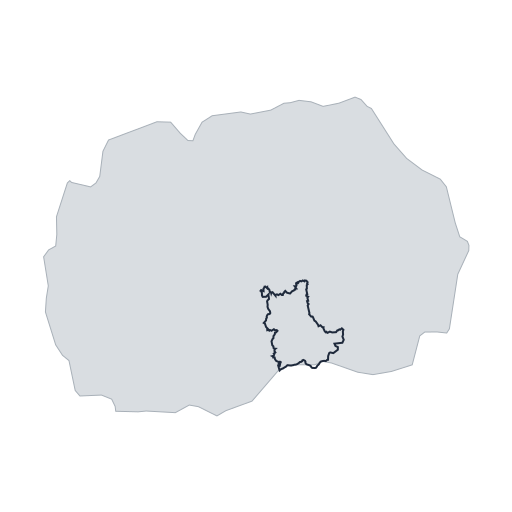 Kavadartsi, Kavadartsi, North Macedonia shown in context, rotated 5°
{"feature_id": "65306769B96152204239158", "entity_name": "Kavadartsi", "entity_type": "district", "adm_level": 2, "iso_a3": "MKD", "parent_name": "North Macedonia", "parent_adm1": "Kavadartsi", "projection": "mercator", "projection_center": [22.001, 41.309], "detail": "fine", "context": "in_parent", "style": "outline", "palette": "slate", "viewbox_px": 512, "rotation_deg": 5, "n_neighbors": 0, "source": "geoboundaries", "source_scale": "gbopen_adm2", "svg_char_len": 4278}
<svg xmlns="http://www.w3.org/2000/svg" viewBox="0 0 512 512"><g transform="rotate(5 256 256)"><path d="M228.8,113.9L238.0,115.1L258.0,109.4L270.5,101.4L276.8,100.3L285.3,97.2L297.4,97.6L309.8,101.1L325.4,96.5L340.8,89.1L347.0,91.0L353.7,97.3L358.1,99.0L383.6,132.3L397.6,145.7L414.0,155.9L432.9,163.4L439.6,170.5L451.6,205.7L457.3,219.1L465.3,223.0L467.2,226.9L467.5,232.0L458.6,256.6L455.0,311.7L452.7,316.1L443.3,315.9L430.8,317.0L426.1,321.3L421.1,350.8L401.0,359.2L382.8,364.0L367.5,362.9L340.5,356.0L331.7,355.2L324.1,359.2L300.0,361.3L289.5,366.4L264.7,400.9L239.5,412.7L231.0,418.7L211.7,411.1L202.5,410.3L189.3,419.1L160.1,420.0L152.2,421.5L129.8,422.9L128.8,418.1L124.7,411.2L114.2,408.0L92.8,410.8L87.6,405.7L78.8,376.5L71.9,371.8L64.2,362.0L51.1,330.1L50.8,316.1L51.7,303.9L44.5,275.3L48.9,268.0L55.6,263.5L55.7,251.9L53.8,234.3L61.7,199.7L63.9,197.2L65.9,198.8L85.2,201.6L90.2,197.2L93.4,190.4L94.4,165.0L99.0,153.3L145.6,130.9L159.3,130.1L169.8,140.3L178.1,146.9L183.1,146.7L184.9,140.1L190.6,127.4L200.1,120.1L228.5,113.8L228.8,113.9Z" fill="#d9dde1" stroke="#a8b0b8" stroke-width="1"/><path d="M318.1,312.0L317.6,311.4L316.3,311.6L314.0,309.4L314.2,308.2L311.8,300.8L312.6,299.3L311.7,298.7L310.8,296.5L311.9,296.1L310.8,293.1L311.5,292.0L309.5,291.2L309.7,289.9L310.4,289.6L308.9,284.8L309.5,284.1L309.1,280.6L309.9,279.6L309.3,278.9L309.7,277.6L308.3,276.2L306.8,276.1L306.5,277.0L304.7,276.3L303.5,277.3L302.1,277.0L300.7,278.2L300.2,278.2L298.9,279.1L299.7,279.7L298.4,280.3L298.9,281.9L298.5,282.7L297.2,282.8L298.8,284.7L298.3,284.7L298.1,285.9L297.5,285.8L296.7,287.1L295.1,287.9L293.2,290.4L290.1,289.9L288.2,288.2L287.3,289.3L287.3,290.1L286.3,291.0L286.1,292.5L285.1,292.6L283.6,291.5L281.7,293.0L280.3,292.4L279.3,292.7L278.8,293.1L278.9,293.9L275.6,290.6L274.6,290.9L274.4,291.8L274.1,291.0L272.7,290.1L272.4,288.8L271.2,287.4L270.6,287.7L270.0,287.2L269.9,286.4L269.6,286.8L268.1,285.6L267.2,285.8L267.2,286.5L266.3,287.8L266.6,290.3L264.1,289.5L263.6,290.3L264.2,290.6L265.1,292.2L265.4,294.8L266.2,296.1L269.5,295.8L271.8,293.1L271.6,294.2L272.0,294.6L272.7,297.7L271.3,299.3L271.0,300.2L271.9,303.6L271.9,305.6L272.7,307.5L274.7,309.8L275.2,311.6L274.9,312.3L274.1,312.8L273.2,312.8L272.4,313.8L271.9,315.3L272.2,316.5L271.6,317.4L271.6,319.3L269.6,322.0L270.8,322.6L272.2,325.8L273.8,327.2L273.5,327.5L273.7,328.9L274.9,328.4L275.7,329.2L276.3,328.5L278.0,329.1L280.2,327.4L281.3,328.3L283.1,328.0L283.9,328.7L282.6,330.4L281.6,330.7L281.5,332.5L280.4,334.2L280.5,336.4L279.8,337.1L278.9,339.6L280.0,343.5L281.2,344.5L281.5,346.2L282.2,346.7L283.4,346.7L282.8,347.3L282.6,349.0L283.7,350.4L282.5,351.4L282.9,351.6L282.4,353.7L281.0,354.3L281.9,354.7L282.0,355.6L283.4,355.5L283.9,357.1L285.2,358.7L287.7,359.6L289.1,359.2L289.9,359.6L289.8,360.0L288.9,360.1L289.2,360.6L288.4,361.2L289.4,361.8L289.2,363.2L288.3,362.8L287.6,363.0L289.5,368.0L289.6,367.9L289.8,367.5L289.9,367.3L290.1,367.1L291.8,366.1L292.7,365.7L293.4,365.1L294.4,364.3L295.2,363.9L295.8,363.2L296.4,362.4L297.0,362.0L297.4,362.0L298.3,362.1L299.3,362.1L300.5,362.1L301.8,361.7L302.9,361.4L303.1,361.3L303.6,361.0L304.1,360.9L305.0,360.8L306.6,360.0L308.3,358.6L308.8,357.9L309.6,357.6L310.0,357.6L310.4,357.4L310.7,357.1L311.0,356.9L311.2,356.7L311.2,356.3L311.3,355.9L312.2,355.4L313.5,355.9L313.8,356.1L314.0,356.2L314.4,356.8L314.5,357.0L314.5,357.5L314.5,358.1L314.8,358.5L315.6,359.4L316.6,359.7L318.1,360.0L319.7,360.6L319.9,360.7L320.3,361.1L320.8,361.9L321.2,362.3L322.1,362.6L322.9,362.5L323.3,362.5L324.3,362.5L325.4,362.2L326.0,361.3L326.3,360.8L326.6,360.0L326.9,359.5L327.5,359.1L328.1,358.3L328.7,357.0L329.4,355.9L329.6,355.6L330.0,355.4L330.5,355.2L331.7,354.8L332.1,354.7L332.6,354.6L333.1,354.5L333.6,354.5L334.4,354.6L334.9,354.4L335.2,354.2L335.8,353.4L336.7,353.0L336.8,353.0L336.6,349.4L337.4,346.3L338.3,345.6L341.5,346.0L345.7,342.2L345.5,339.6L343.0,338.7L341.8,336.5L349.6,334.9L350.7,331.8L349.1,328.7L349.6,326.7L349.1,323.6L349.5,321.9L347.8,320.6L346.3,322.1L345.4,321.8L344.4,322.9L343.6,322.9L342.4,324.9L338.6,325.5L336.1,324.9L334.0,326.3L332.8,325.4L332.3,326.0L331.1,325.1L329.3,321.9L329.5,321.1L328.1,321.0L326.3,319.4L324.4,320.5L323.8,319.1L321.2,316.0L319.8,315.3L318.1,312.0Z" fill="none" stroke="#1e293b" stroke-width="2"/></g></svg>